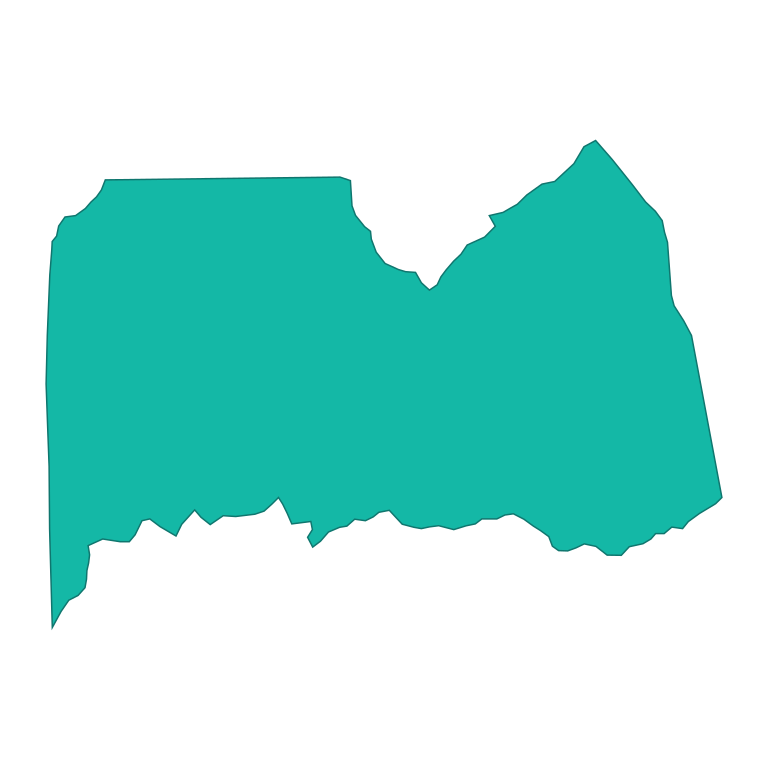 Pau D'Arco do Piauí, Piauí, Brazil
{"feature_id": "56859067B17447781535160", "entity_name": "Pau D'Arco do Piauí", "entity_type": "district", "adm_level": 2, "iso_a3": "BRA", "parent_name": "Brazil", "parent_adm1": "Piauí", "projection": "albers", "projection_center": [-42.465, -5.252], "detail": "fine", "context": "isolated", "style": "filled", "palette": "teal", "viewbox_px": 768, "rotation_deg": 0, "n_neighbors": 0, "source": "geoboundaries", "source_scale": "gbopen_adm2", "svg_char_len": 1823}
<svg xmlns="http://www.w3.org/2000/svg" viewBox="0 0 768 768"><path d="M721.9,497.5L701.1,386.6L691.5,335.5L683.7,320.8L674.1,305.8L671.4,295.5L667.5,242.3L664.5,232.2L662.2,220.6L655.3,211.2L645.6,202.0L632.2,184.5L620.2,169.5L612.1,159.4L595.6,140.5L584.0,146.7L573.9,163.7L564.3,172.6L554.7,181.5L542.0,184.1L526.9,194.9L517.3,204.3L511.2,207.7L503.1,212.4L489.3,215.6L495.3,226.3L484.6,237.1L467.2,245.0L461.0,254.2L453.7,261.1L446.3,269.7L440.9,276.9L437.2,284.8L429.4,290.1L421.4,282.8L415.5,272.4L405.6,271.7L398.3,269.5L385.1,263.5L376.2,252.2L371.3,239.1L370.5,231.3L364.6,226.7L355.5,215.4L352.0,205.8L350.4,180.6L340.0,177.1L105.3,179.9L101.4,190.0L96.5,196.9L91.1,201.9L85.4,208.5L75.6,215.6L65.0,217.0L58.7,226.0L56.6,236.1L52.2,241.5L51.8,249.5L49.8,275.0L47.3,335.2L46.1,383.9L47.6,425.6L49.1,466.3L49.6,528.9L52.3,627.5L61.1,611.4L68.8,600.2L78.1,595.4L85.0,587.7L86.5,579.2L86.9,570.6L88.6,563.0L89.6,554.8L88.1,545.6L102.7,539.0L120.1,541.7L129.3,541.7L135.1,534.8L142.0,520.7L149.8,518.9L160.0,526.6L176.0,536.0L181.7,524.3L194.7,509.9L201.0,517.3L210.2,524.6L223.2,515.7L235.7,516.5L254.9,514.2L264.1,511.1L272.2,503.8L278.5,497.5L282.7,504.1L287.2,513.3L291.8,523.9L310.8,521.5L312.4,529.6L307.6,537.3L312.7,547.1L320.5,541.2L328.5,532.0L339.6,527.3L346.9,526.1L354.7,519.2L365.4,520.7L373.2,516.9L378.9,512.3L389.3,510.3L402.2,524.2L414.0,527.3L421.4,528.6L429.3,526.9L438.7,525.7L453.8,529.6L466.1,525.8L475.3,523.9L481.9,518.9L496.9,518.9L504.9,515.0L513.4,513.8L523.9,519.2L533.4,526.1L540.4,530.5L548.8,536.6L552.4,546.2L558.6,550.6L567.7,550.9L575.9,547.9L584.3,543.9L596.0,546.4L607.1,555.1L621.3,555.3L629.3,546.7L643.0,543.7L650.9,539.0L655.6,533.6L664.1,533.6L671.8,527.1L682.6,528.6L688.3,521.6L699.4,513.5L715.6,503.7L721.9,497.5Z" fill="#14b8a6" stroke="#0f766e" stroke-width="1.5"/></svg>